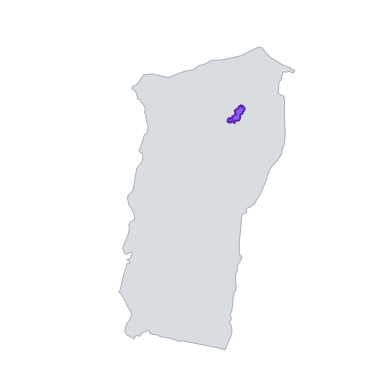 Amansie Central, Ashanti, Ghana shown in context, rotated 192°
{"feature_id": "2480657B25462964367622", "entity_name": "Amansie Central", "entity_type": "district", "adm_level": 2, "iso_a3": "GHA", "parent_name": "Ghana", "parent_adm1": "Ashanti", "projection": "equal_earth", "projection_center": [-1.784, 6.207], "detail": "fine", "context": "in_parent", "style": "filled", "palette": "violet", "viewbox_px": 384, "rotation_deg": 192, "n_neighbors": 0, "source": "geoboundaries", "source_scale": "gbopen_adm2", "svg_char_len": 6643}
<svg xmlns="http://www.w3.org/2000/svg" viewBox="0 0 384 384"><g transform="rotate(192 192 192)"><path d="M226.3,38.8L228.6,41.7L229.1,43.4L228.3,49.6L226.6,54.0L225.6,58.2L225.7,60.2L226.8,62.3L230.3,65.5L232.1,67.6L234.2,70.8L236.6,73.9L240.8,78.0L242.6,78.7L242.5,79.8L241.9,81.4L241.6,96.5L241.3,100.4L241.0,102.3L240.6,108.0L240.2,108.8L239.4,108.7L238.6,108.9L238.5,110.1L238.8,111.2L241.3,112.0L240.7,112.9L238.9,113.7L238.0,115.4L238.4,117.3L237.4,118.9L237.7,119.9L238.3,120.7L239.4,120.4L242.3,117.8L243.6,117.5L245.1,118.0L247.9,122.0L248.0,124.0L246.9,130.6L245.8,135.8L245.6,142.6L246.8,146.5L246.6,148.6L245.4,150.4L242.5,153.1L242.7,154.9L244.0,158.2L246.5,162.0L251.3,166.6L253.8,172.7L253.9,175.2L252.4,177.6L250.7,179.8L250.1,182.9L251.0,203.2L247.2,212.0L247.1,214.5L247.5,217.4L248.5,219.2L250.5,219.7L252.1,221.4L251.5,227.6L250.7,233.9L250.6,237.0L250.1,238.4L248.6,239.6L248.1,241.6L248.4,244.1L248.2,245.9L249.0,248.2L250.7,251.2L253.5,258.5L254.6,259.0L255.0,260.6L254.8,262.1L255.8,265.3L258.9,268.5L262.2,271.3L264.8,271.7L265.4,274.3L267.2,277.5L268.4,278.9L270.4,279.8L272.1,280.3L272.2,283.0L269.2,284.8L267.2,287.6L265.7,291.9L263.6,296.6L256.3,299.0L253.5,299.1L238.6,299.2L224.6,308.4L216.6,311.7L211.7,316.9L205.0,320.6L200.4,325.0L190.7,327.2L174.9,334.3L169.9,337.0L164.9,341.9L156.8,347.7L153.6,347.6L147.2,342.3L142.4,339.6L130.6,335.4L121.9,333.8L117.6,332.1L116.5,331.8L117.5,329.8L119.9,329.7L122.5,330.3L124.4,328.8L127.3,328.6L128.0,327.1L128.3,323.2L128.2,320.1L129.2,318.7L129.5,315.0L128.1,306.8L127.1,305.9L122.0,304.7L121.6,303.1L120.7,301.4L119.7,297.2L118.6,290.9L116.8,283.2L113.4,270.4L112.6,265.8L112.0,261.2L111.8,255.7L112.6,253.7L112.5,250.8L112.1,248.0L114.6,241.5L119.3,233.5L120.3,230.7L121.2,228.7L121.3,225.8L122.2,216.5L124.5,205.3L125.9,201.0L126.9,198.8L128.0,195.0L128.3,193.3L132.7,188.9L134.7,187.7L135.1,186.0L134.5,184.1L134.8,182.8L135.8,182.1L137.4,181.6L138.6,179.8L136.7,166.0L135.3,152.2L135.2,151.1L134.3,149.2L133.4,143.5L132.0,140.1L129.9,139.2L129.9,136.0L132.0,130.7L132.5,127.6L131.6,126.7L131.4,124.3L132.1,120.4L131.8,118.0L131.4,115.4L129.3,109.4L128.7,105.2L129.8,102.7L129.8,97.2L128.7,88.8L128.5,83.5L129.3,81.3L128.9,79.2L127.3,77.2L127.2,75.2L128.5,73.4L128.4,71.9L126.7,70.8L125.3,68.2L123.9,64.1L124.2,57.6L126.7,45.5L127.0,44.5L129.8,44.5L129.8,45.0L138.6,44.9L148.5,44.8L160.4,44.6L171.3,44.5L171.7,44.0L173.5,43.3L184.5,44.5L191.3,43.9L194.2,44.3L196.3,45.1L201.1,44.6L203.6,44.9L205.5,47.9L206.3,47.9L207.3,46.6L209.2,45.2L211.1,44.0L212.5,41.7L213.3,39.9L214.6,40.2L216.4,40.1L217.6,38.6L218.0,36.3L226.3,38.8Z" fill="#d9dde1" stroke="#a8b0b8" stroke-width="1"/><path d="M168.3,274.6L168.3,274.4L168.3,274.2L168.4,273.9L168.4,273.7L168.5,273.5L168.3,273.2L167.9,273.1L167.6,272.7L167.6,272.8L167.4,272.2L167.6,272.2L167.7,272.4L168.1,272.5L168.5,272.3L168.8,272.4L169.1,271.9L169.2,272.2L169.5,272.3L169.7,272.1L169.8,271.5L170.1,272.1L170.1,272.3L170.6,272.2L170.8,272.3L171.0,272.2L171.0,271.8L171.3,271.8L171.5,271.5L171.6,271.3L171.8,271.3L171.9,271.0L171.9,270.8L171.8,270.6L171.9,270.3L172.0,270.1L172.2,269.8L172.2,269.5L172.0,269.1L172.2,268.8L172.2,268.7L171.8,268.4L171.8,268.2L171.7,268.0L171.3,268.3L171.1,268.1L171.1,267.8L170.7,267.6L170.6,267.9L170.7,268.0L170.5,268.5L170.4,268.5L170.2,268.6L169.9,268.6L169.6,268.6L169.5,268.4L169.5,268.1L169.4,268.0L169.3,267.8L169.2,267.7L169.1,267.8L168.9,267.9L168.6,267.7L168.3,267.8L168.3,268.1L168.2,268.1L168.1,268.3L168.0,268.7L167.9,268.6L167.7,268.9L167.6,269.2L167.6,269.3L167.4,269.3L167.4,269.2L167.3,269.3L167.2,269.3L167.3,269.4L167.2,269.5L167.0,269.4L166.9,269.6L166.7,269.9L166.5,269.7L166.5,269.1L166.4,269.0L166.2,268.7L165.8,268.6L165.5,268.3L165.4,268.4L165.1,268.3L165.0,268.6L164.7,268.5L164.8,268.8L164.7,268.9L164.7,269.2L164.6,269.4L164.6,269.6L164.6,269.8L164.5,270.0L164.6,270.3L164.8,270.8L164.7,271.0L164.7,270.9L164.6,271.1L164.4,270.9L164.4,271.4L164.3,271.1L164.0,271.1L163.9,271.1L163.7,271.0L163.4,271.1L162.9,270.9L162.7,271.0L162.5,270.9L162.3,271.0L162.2,271.0L162.0,271.4L161.8,271.4L161.8,271.5L161.6,271.5L161.5,271.4L161.4,271.4L161.3,271.5L161.1,271.7L160.9,271.7L160.8,271.8L160.6,272.0L160.8,272.3L160.7,272.6L160.7,272.4L160.6,272.5L160.4,272.7L160.6,272.9L160.6,273.0L160.5,273.3L160.6,273.5L160.4,273.7L160.2,273.9L160.2,274.0L160.3,274.2L160.3,274.4L160.2,274.5L160.1,274.9L160.1,275.0L160.3,275.2L160.3,275.3L160.3,275.5L160.4,275.8L160.5,276.0L160.4,276.2L160.4,276.3L160.5,276.3L160.7,276.7L160.8,276.7L160.7,276.9L160.9,276.9L161.0,277.2L160.8,277.4L160.8,277.5L160.7,277.8L160.6,278.0L160.4,278.2L160.4,278.4L160.1,278.6L160.1,278.3L160.0,278.5L160.0,278.4L159.9,278.6L159.7,278.5L159.7,278.8L159.5,279.1L159.4,279.2L159.2,279.5L158.6,279.5L158.6,279.8L158.8,280.2L158.7,280.2L158.7,280.4L158.8,280.6L158.6,281.0L158.7,281.4L158.6,281.5L158.4,281.8L158.5,281.8L158.4,281.9L158.4,282.0L158.2,282.1L158.3,282.2L158.2,282.4L158.0,282.6L158.0,282.8L157.9,282.8L157.7,282.9L157.7,283.0L157.7,283.4L157.8,283.4L157.8,283.5L157.7,283.6L157.8,283.8L157.9,284.0L157.7,284.1L157.8,284.2L157.8,284.3L157.9,284.5L158.0,284.5L157.9,284.6L158.0,284.7L158.0,284.8L158.1,284.7L158.4,284.8L158.5,285.0L158.6,284.8L158.5,284.7L158.7,285.0L158.9,285.1L159.2,285.5L159.3,285.6L159.5,285.6L159.5,285.9L159.5,286.0L159.7,286.5L160.0,286.8L160.1,286.7L160.3,286.6L160.3,286.8L160.5,286.7L160.8,286.3L160.7,286.3L160.7,286.2L160.8,286.1L160.8,285.9L161.0,285.9L161.1,285.7L161.2,286.0L161.4,286.2L161.4,286.6L161.5,286.6L161.5,286.8L161.7,286.7L161.8,286.8L161.8,286.5L162.1,286.7L162.2,286.4L162.3,286.3L162.3,285.9L162.5,285.9L162.5,285.7L163.0,285.7L163.3,285.4L163.3,285.5L163.2,285.7L163.2,285.9L163.4,285.9L163.4,286.0L163.6,285.8L163.8,285.8L163.9,285.7L163.7,285.4L163.7,285.2L163.8,285.2L164.0,285.0L163.9,284.8L163.8,284.7L164.0,284.5L163.9,284.5L164.1,284.3L164.1,284.1L164.0,283.7L164.1,283.4L164.1,283.2L164.0,282.9L164.2,282.7L164.5,282.5L164.4,282.4L164.5,282.2L164.8,282.0L165.2,281.8L165.5,281.9L165.9,281.8L166.0,282.1L166.2,281.9L166.2,281.4L166.3,281.4L166.5,281.5L166.5,281.3L166.9,281.0L166.9,280.9L167.1,280.7L167.3,280.5L167.3,280.3L167.2,280.3L167.2,280.2L166.8,280.0L166.5,279.7L166.7,279.2L166.3,278.8L166.2,278.7L165.9,278.4L166.0,278.0L165.9,277.9L166.0,277.7L166.3,277.4L166.3,277.2L165.9,277.2L165.8,277.4L165.7,277.2L165.4,277.3L165.1,277.4L165.1,277.2L165.2,276.9L165.4,276.9L165.6,276.7L165.8,276.6L166.0,276.4L166.0,276.2L166.2,275.9L166.3,275.9L166.4,275.7L166.5,275.6L166.8,275.6L166.9,275.3L167.2,275.1L167.3,274.9L167.9,274.8L168.0,274.8L168.1,274.6L168.3,274.6Z" fill="#8b5cf6" stroke="#5b21b6" stroke-width="1.5"/></g></svg>